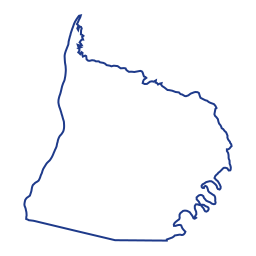 the district of Matias Cardoso, Minas Gerais, Brazil
{"feature_id": "56859067B84292172755302", "entity_name": "Matias Cardoso", "entity_type": "district", "adm_level": 2, "iso_a3": "BRA", "parent_name": "Brazil", "parent_adm1": "Minas Gerais", "projection": "mercator", "projection_center": [-43.736, -14.838], "detail": "fine", "context": "isolated", "style": "outline", "palette": "blue", "viewbox_px": 256, "rotation_deg": 0, "n_neighbors": 0, "source": "geoboundaries", "source_scale": "gbopen_adm2", "svg_char_len": 5154}
<svg xmlns="http://www.w3.org/2000/svg" viewBox="0 0 256 256"><path d="M146.3,77.9L145.5,77.1L143.9,76.4L142.6,72.4L141.7,71.3L140.3,70.9L134.3,72.0L131.7,71.7L128.9,71.8L127.5,70.9L126.3,69.9L125.6,68.4L124.0,68.1L120.7,68.3L119.5,67.5L117.6,66.1L113.8,65.7L111.4,66.3L109.9,65.7L106.6,65.1L105.1,63.7L103.4,62.9L101.7,62.6L100.0,62.3L98.7,61.3L95.8,61.3L94.4,60.5L92.0,60.2L89.7,60.8L88.2,60.7L86.6,59.4L86.2,56.1L85.2,55.6L82.9,56.6L82.3,54.9L82.5,52.8L81.4,52.1L80.2,54.1L79.3,53.1L78.3,52.4L79.5,50.3L79.4,49.1L78.3,48.3L80.7,47.3L78.2,46.3L77.7,44.8L79.6,45.4L81.8,45.3L81.0,43.9L79.6,42.4L80.8,40.6L81.8,39.6L83.1,39.6L82.1,36.9L83.4,35.9L82.2,34.9L80.9,34.4L81.1,30.3L81.7,28.4L81.0,26.9L79.6,26.5L78.7,28.1L78.2,30.0L77.3,28.4L78.6,25.6L76.9,24.1L77.9,22.3L78.8,20.1L80.2,17.4L80.8,15.4L79.0,15.8L77.8,17.4L76.5,19.3L75.6,20.8L75.0,21.8L74.5,22.9L74.0,24.0L73.5,25.4L73.1,26.6L72.6,27.9L72.1,29.2L71.7,30.5L71.3,31.6L70.7,33.5L70.3,35.3L69.9,36.4L69.6,37.7L69.2,39.2L68.9,40.4L68.6,41.7L68.5,43.0L68.3,44.6L67.6,46.3L67.0,47.8L66.4,49.4L65.8,50.9L65.2,52.8L64.8,54.4L64.6,56.0L64.7,58.1L64.8,60.0L64.9,61.3L65.0,62.7L65.3,64.4L65.6,66.2L65.7,67.9L65.8,69.3L65.8,70.7L65.7,72.0L65.6,73.3L65.4,75.2L65.2,76.6L64.9,78.1L64.6,79.8L64.1,81.2L63.3,82.9L62.7,84.5L62.1,86.3L61.6,88.4L61.2,90.2L60.9,91.4L60.6,92.6L60.1,94.3L59.4,96.2L58.9,98.1L58.5,100.0L58.4,102.5L58.8,104.8L59.3,106.8L60.0,108.6L60.7,110.8L61.2,112.4L61.6,114.0L62.2,115.8L62.7,117.7L63.1,119.1L63.5,120.3L63.9,121.8L64.1,125.2L64.1,127.0L64.0,128.2L63.7,129.9L63.2,131.5L62.5,132.6L61.8,133.7L61.0,134.7L60.0,135.7L59.2,137.0L58.6,138.3L57.9,140.3L57.6,142.0L57.2,143.2L56.9,144.6L56.6,146.3L56.1,147.6L55.6,148.7L55.0,149.9L54.5,151.2L53.9,152.5L53.3,154.0L52.7,155.4L51.8,157.2L51.0,158.5L50.3,159.6L49.6,160.5L48.3,161.7L46.9,163.1L46.1,164.2L45.2,165.7L44.2,167.3L43.2,169.0L42.5,170.8L42.1,172.2L41.7,173.4L41.0,174.8L40.5,176.2L40.1,177.5L39.4,179.1L38.6,180.6L37.3,181.6L36.2,182.2L35.0,183.0L33.9,184.1L33.0,184.9L32.4,186.1L32.0,187.5L31.7,189.2L31.4,191.0L30.9,192.6L30.4,194.1L29.9,195.6L28.3,196.8L26.7,197.9L26.0,198.8L25.3,199.8L24.8,201.7L24.5,203.4L24.4,204.6L24.6,205.9L25.1,207.1L25.6,208.5L26.0,210.5L26.4,212.2L26.5,213.5L26.6,215.4L26.3,217.0L26.2,219.0L27.8,219.6L28.8,220.2L33.1,220.7L35.0,221.1L75.9,230.9L108.4,238.6L115.1,240.2L140.8,240.4L151.9,240.5L153.4,240.5L166.8,240.6L166.8,239.5L172.3,237.5L173.8,236.5L174.7,235.5L175.9,235.3L177.6,235.0L179.2,234.7L180.4,234.7L181.6,235.0L182.8,234.9L183.8,234.3L184.8,233.1L185.4,231.7L183.9,230.2L182.5,228.5L181.7,226.8L181.2,225.4L180.0,224.9L178.5,225.0L177.2,225.3L175.5,225.9L174.0,225.9L173.8,224.5L174.6,223.0L175.6,222.0L176.6,221.2L177.9,220.2L179.2,219.3L179.7,217.8L179.5,216.2L179.6,214.5L180.5,213.0L181.9,211.9L183.1,210.9L184.9,210.6L186.8,210.8L188.4,211.5L189.8,212.3L190.9,213.9L191.9,215.2L192.8,216.7L193.5,218.3L194.7,218.7L196.1,217.8L194.9,216.7L195.6,215.3L196.3,214.5L196.3,213.1L196.1,211.5L195.4,210.0L194.8,208.2L194.8,206.0L195.8,204.4L197.1,204.3L198.2,204.6L199.4,205.0L200.7,204.9L199.7,203.5L199.0,201.9L197.9,200.6L196.7,199.4L196.6,197.4L197.6,196.5L198.7,195.5L200.4,194.9L201.8,195.1L203.3,196.1L203.9,197.8L205.1,199.2L206.2,200.6L207.5,201.3L209.0,201.9L210.3,202.4L211.6,203.5L212.7,203.9L213.9,204.2L215.2,203.8L215.6,202.5L215.2,200.8L215.3,199.1L215.1,197.1L214.3,195.5L212.9,194.7L210.9,193.3L209.3,192.3L208.2,190.9L207.8,189.2L207.3,187.7L206.6,186.5L205.4,185.9L204.2,186.7L203.9,188.0L202.5,187.9L201.7,187.0L201.6,185.7L202.6,184.3L203.9,183.7L204.9,183.0L206.2,182.1L208.1,181.6L209.7,181.2L211.5,181.3L213.2,182.4L214.7,183.7L215.6,184.5L216.7,186.0L217.1,187.7L217.9,189.0L219.6,189.5L220.5,188.5L220.7,186.8L219.9,184.8L218.9,183.0L217.8,181.2L216.1,179.8L214.5,178.0L215.3,176.0L216.4,174.8L217.6,173.8L218.4,172.7L219.7,171.8L221.0,170.5L222.0,169.5L223.0,168.4L224.0,167.8L225.7,167.8L227.4,168.4L228.0,169.5L228.8,170.5L230.3,170.3L230.7,169.2L230.8,167.2L230.3,165.3L229.6,163.7L229.6,162.2L229.5,160.4L228.8,158.9L228.6,157.7L228.6,156.3L228.5,154.8L228.1,152.9L226.9,151.0L226.9,149.3L228.3,149.3L229.5,148.5L230.6,147.1L231.6,146.1L231.2,144.2L230.2,142.9L229.8,141.6L228.8,140.5L227.9,139.0L227.4,137.5L227.5,135.7L226.7,133.7L226.0,132.2L225.0,131.4L224.2,130.5L223.3,129.2L221.7,128.2L221.1,126.4L220.3,125.0L219.1,123.6L218.5,121.9L218.2,120.7L217.9,119.2L216.4,117.2L215.0,115.8L214.4,114.2L215.4,108.9L216.5,108.0L215.3,105.7L213.9,104.1L210.3,102.8L208.7,102.0L207.1,100.7L205.5,100.3L204.0,99.6L200.5,97.8L199.7,95.7L198.9,93.0L197.6,92.2L195.5,92.0L194.1,92.3L190.7,93.6L188.3,95.4L186.0,96.2L184.7,96.0L182.2,94.5L180.5,94.1L178.9,92.4L175.6,92.0L172.2,90.7L169.1,90.1L167.5,90.0L164.4,87.5L162.2,86.1L161.1,84.6L161.5,83.2L159.5,83.7L158.0,84.5L157.2,83.2L155.6,82.6L155.9,80.4L153.6,81.7L152.0,81.3L150.0,81.7L147.0,83.9L144.7,84.0L142.7,83.1L143.1,81.3L143.9,79.6L145.1,78.8L146.3,77.9ZM200.7,204.9L202.0,206.6L203.2,207.9L203.9,209.0L204.4,210.2L205.2,211.3L206.5,211.6L207.8,210.8L208.6,209.4L208.6,208.1L207.7,207.0L206.2,206.4L205.2,205.9L203.9,204.9L202.0,204.7L200.7,204.9Z" fill="none" stroke="#1e3a8a" stroke-width="2"/></svg>